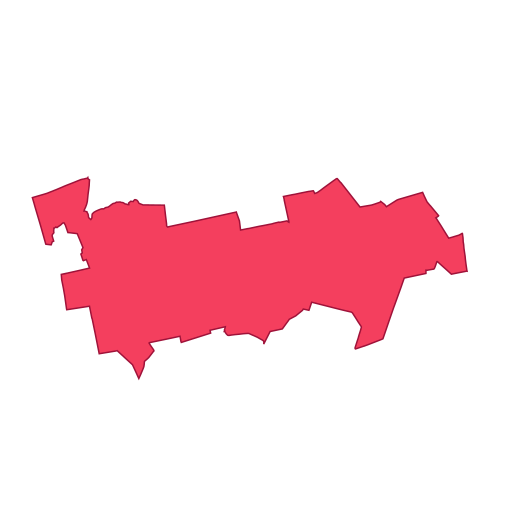 Amzacea, Constanta, Romania (Albers equal-area conic projection), rotated 348°
{"feature_id": "2599482B28238264431370", "entity_name": "Amzacea", "entity_type": "district", "adm_level": 2, "iso_a3": "ROU", "parent_name": "Romania", "parent_adm1": "Constanta", "projection": "albers", "projection_center": [28.34, 43.96], "detail": "fine", "context": "isolated", "style": "filled", "palette": "rose", "viewbox_px": 512, "rotation_deg": 348, "n_neighbors": 0, "source": "geoboundaries", "source_scale": "gbopen_adm2", "svg_char_len": 5369}
<svg xmlns="http://www.w3.org/2000/svg" viewBox="0 0 512 512"><g transform="rotate(348 256 256)"><path d="M361.4,363.7L362.9,363.4L363.4,362.6L366.7,357.1L373.1,346.4L380.1,334.8L381.5,332.6L391.5,316.5L393.6,313.0L396.4,308.4L407.9,308.4L408.0,308.4L418.6,308.4L419.3,305.2L420.3,305.5L425.8,305.7L427.1,305.8L427.5,305.6L428.0,305.1L429.0,303.7L430.4,301.4L431.8,299.1L432.3,299.2L434.1,301.7L436.5,305.0L440.0,309.8L441.8,312.3L443.3,314.4L451.7,314.5L456.6,314.6L459.1,314.6L459.3,314.7L459.3,313.5L459.4,312.3L459.6,309.1L459.8,306.4L460.1,303.0L460.5,299.6L460.6,297.9L461.0,291.8L461.5,288.0L461.6,286.1L461.6,285.4L462.1,282.3L462.3,281.0L462.4,279.1L462.6,277.1L462.5,276.8L462.4,276.7L460.6,277.3L458.8,277.8L453.9,278.2L451.7,278.4L448.2,278.6L445.7,271.7L443.2,264.7L441.3,259.7L440.0,256.2L439.9,256.1L442.7,254.9L442.9,254.6L443.0,254.5L440.0,248.8L437.0,243.1L436.9,243.1L434.6,238.7L434.5,238.4L433.1,232.6L432.2,228.4L409.4,230.1L407.0,230.3L405.4,230.6L404.6,230.9L393.8,234.9L393.0,233.2L392.4,232.2L389.3,228.5L388.5,229.2L382.7,229.9L379.5,230.2L367.9,229.7L354.3,201.9L354.0,201.7L351.8,197.6L351.7,197.4L351.6,197.2L351.3,197.1L350.9,197.1L350.4,197.2L349.6,197.6L348.4,198.1L346.3,199.0L336.9,203.2L334.8,204.2L332.7,205.2L329.1,206.7L327.9,206.9L327.4,206.9L326.9,207.0L326.5,207.1L326.4,206.9L326.5,206.8L326.3,206.3L325.8,204.5L325.6,204.1L321.7,203.9L321.2,203.8L312.8,203.7L307.0,203.7L304.8,203.6L295.3,203.5L295.2,203.5L295.3,204.3L295.3,206.7L295.3,207.3L295.2,207.4L295.3,229.5L295.2,229.8L294.0,228.7L293.6,228.1L285.7,228.0L285.5,227.6L280.5,227.7L278.1,227.9L275.2,227.8L272.9,227.8L268.1,227.7L265.7,227.6L262.6,227.6L259.6,227.6L257.2,227.6L254.3,227.6L254.1,227.5L246.3,227.4L247.1,218.2L245.9,209.3L245.9,208.9L204.5,209.2L204.0,209.2L191.5,209.2L179.0,209.2L177.2,209.2L176.1,209.3L175.6,209.3L175.3,209.0L175.1,208.6L174.9,208.0L174.9,207.6L175.2,206.0L175.9,197.8L176.9,187.2L163.0,184.1L159.2,183.2L156.3,182.6L156.2,182.6L152.7,180.3L152.4,179.9L152.2,179.2L151.9,178.1L151.5,177.3L151.0,176.6L150.9,176.5L149.9,175.9L149.1,175.7L148.2,176.2L147.2,177.2L146.0,176.8L144.8,176.4L143.4,177.2L142.4,177.7L142.3,179.3L141.5,179.2L140.0,178.3L138.9,177.9L138.3,177.4L137.7,176.7L136.9,176.1L135.2,175.5L134.3,174.9L132.7,174.7L131.8,174.6L130.8,174.3L130.1,174.5L129.8,174.7L128.4,175.0L127.5,174.9L126.9,175.0L125.2,175.7L123.0,176.8L121.5,177.4L121.1,177.4L118.7,177.4L117.3,178.1L116.5,178.2L115.5,177.9L114.7,177.8L113.5,177.9L112.5,178.1L111.7,178.2L108.9,178.8L107.0,179.4L106.3,179.7L104.7,180.7L104.3,181.4L103.8,183.1L103.4,184.6L102.8,185.3L102.0,186.0L101.7,185.6L101.3,185.1L100.7,184.4L100.4,183.6L100.2,183.1L100.3,182.6L100.4,181.9L100.5,181.0L100.4,180.4L100.3,179.4L100.0,178.8L99.8,178.0L99.8,177.5L99.4,177.4L98.3,176.7L97.3,176.2L97.2,176.2L97.7,175.1L99.4,172.9L99.8,172.2L100.5,171.2L101.4,169.6L102.3,167.7L102.6,166.8L103.8,163.1L104.4,161.2L105.0,159.5L106.5,155.3L107.5,152.3L108.2,149.6L108.9,147.2L109.0,146.9L108.2,146.1L107.8,145.7L107.8,145.3L107.8,144.4L107.7,144.5L107.0,144.8L105.2,144.8L103.6,144.9L101.9,144.8L100.2,144.9L99.1,145.1L92.3,146.3L85.6,147.4L82.8,147.9L80.0,148.5L77.8,148.9L74.2,149.6L72.3,149.9L70.2,150.3L68.8,150.5L64.8,151.2L61.5,151.5L54.7,152.0L49.4,152.4L49.8,157.8L50.1,162.5L51.5,180.3L51.8,184.6L52.8,200.2L52.9,200.8L57.9,202.5L58.0,202.5L59.6,199.8L61.2,199.4L60.9,195.8L60.8,193.9L61.2,192.9L62.1,192.0L63.0,191.4L63.2,190.9L63.3,189.3L63.6,188.7L63.8,187.9L64.0,186.8L64.3,186.9L64.7,186.8L65.8,186.2L66.3,186.0L66.8,186.6L67.2,186.8L67.5,186.8L68.1,186.4L71.0,185.2L72.3,184.5L73.2,183.9L73.9,183.6L75.0,183.6L75.2,183.9L75.4,184.6L75.9,186.0L75.9,185.9L76.9,194.0L78.6,194.5L83.0,196.0L85.8,197.0L87.7,207.4L88.5,211.8L86.8,213.7L86.7,216.8L85.1,217.7L85.3,219.3L85.8,224.2L86.2,224.7L89.3,224.2L90.0,228.7L90.7,233.2L84.9,233.3L79.1,233.4L69.4,233.5L65.7,233.6L65.8,233.5L61.7,233.5L61.0,239.1L60.9,247.5L60.6,255.3L59.7,268.2L59.7,269.2L82.7,270.5L82.5,282.7L82.7,283.0L82.6,298.1L82.5,305.5L82.3,319.0L90.8,319.4L99.4,319.8L100.5,319.7L106.4,328.0L112.4,336.4L112.6,336.7L114.7,346.0L115.9,351.5L118.5,348.0L120.8,344.7L122.4,342.4L123.3,340.9L124.1,338.8L124.9,336.1L125.3,335.7L126.2,335.2L128.4,334.0L130.0,333.0L136.0,327.9L136.3,327.8L136.4,327.5L136.5,327.2L136.3,326.4L134.1,321.2L133.3,318.9L133.9,318.6L152.2,318.7L161.0,318.7L164.9,318.7L165.0,318.7L164.8,324.3L165.0,324.9L165.0,325.0L195.6,322.0L195.6,319.1L211.3,318.8L211.0,319.5L210.9,319.6L210.2,321.1L209.8,321.5L209.7,322.4L209.3,323.1L209.7,323.1L209.8,323.1L209.7,323.4L210.2,324.7L210.9,326.3L211.8,327.6L212.4,327.9L213.2,328.1L215.5,328.2L219.0,328.5L223.2,329.0L223.3,329.0L227.6,329.4L231.2,329.9L232.4,330.1L233.1,330.4L236.2,332.7L236.3,332.7L240.5,335.8L242.6,337.7L245.0,339.8L245.5,340.4L245.8,341.2L245.7,342.1L245.5,343.0L245.2,343.8L254.1,332.8L261.5,332.8L266.6,332.8L271.7,328.2L274.4,325.8L275.4,324.8L275.5,324.8L282.5,322.8L283.6,322.2L290.2,318.8L291.2,317.7L296.5,320.1L300.6,313.2L300.9,312.8L324.8,324.6L331.2,327.7L337.6,330.7L338.3,331.4L338.6,332.0L339.8,335.2L340.9,338.1L342.5,342.5L342.8,343.1L343.2,344.2L344.3,347.0L344.3,347.4L344.2,347.7L344.0,348.1L342.6,350.8L340.6,354.3L339.3,356.7L339.1,357.2L336.7,361.3L333.8,366.4L333.7,366.9L333.8,367.4L334.0,367.6L346.1,366.2L359.7,364.0L361.4,363.7Z" fill="#f43f5e" stroke="#9f1239" stroke-width="1.5"/></g></svg>